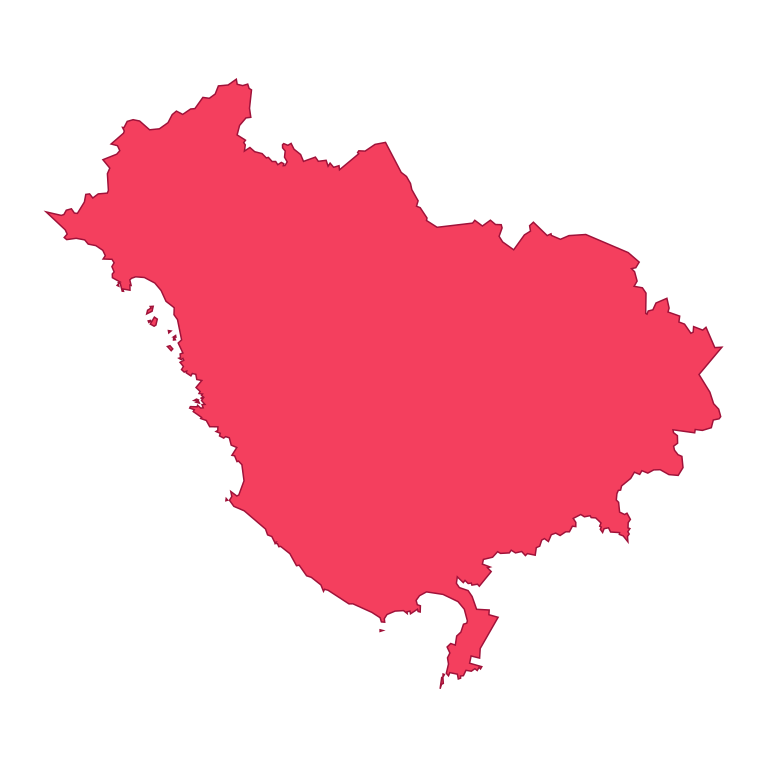 the district of La Huerta, Jalisco, Mexico
{"feature_id": "50627088B67615476566962", "entity_name": "La Huerta", "entity_type": "district", "adm_level": 2, "iso_a3": "MEX", "parent_name": "Mexico", "parent_adm1": "Jalisco", "projection": "robinson", "projection_center": [-104.926, 19.493], "detail": "fine", "context": "isolated", "style": "filled", "palette": "rose", "viewbox_px": 768, "rotation_deg": 0, "n_neighbors": 0, "source": "geoboundaries", "source_scale": "gbopen_adm2", "svg_char_len": 6115}
<svg xmlns="http://www.w3.org/2000/svg" viewBox="0 0 768 768"><path d="M639.2,262.1L628.2,252.6L585.8,234.5L569.0,235.6L560.4,239.3L551.3,235.4L551.0,233.8L547.2,235.6L533.4,222.2L529.6,225.7L530.5,231.1L524.4,234.9L513.7,249.8L502.6,241.9L499.1,236.3L502.1,227.9L501.2,224.7L495.5,224.5L490.4,220.2L482.4,226.0L474.8,220.3L472.6,223.1L437.1,227.3L426.5,220.5L427.0,218.0L420.2,207.7L416.5,206.2L418.1,200.8L411.8,189.6L410.5,183.5L406.5,176.5L401.2,172.4L385.5,142.4L375.0,144.4L365.1,151.1L358.8,150.8L357.6,152.5L358.7,153.8L339.5,169.8L339.0,165.7L333.6,167.3L330.1,163.1L328.1,166.2L326.1,160.3L318.3,161.3L315.4,157.1L303.5,161.4L300.6,154.5L294.0,149.2L291.1,143.4L287.9,145.3L283.7,143.6L282.5,144.8L282.6,147.9L285.2,151.0L284.5,157.2L287.2,161.9L285.0,165.5L283.3,165.7L283.8,163.7L281.3,162.4L277.8,164.7L275.7,161.5L272.1,161.5L268.4,157.4L266.3,157.9L262.1,153.6L254.7,151.7L249.9,147.5L244.4,151.1L245.3,144.9L243.7,142.6L245.5,140.2L237.1,134.9L239.6,125.4L246.0,117.9L250.8,117.3L249.5,108.3L251.5,89.9L249.1,88.4L247.7,84.1L242.7,85.6L237.2,84.3L236.3,79.2L228.1,85.0L218.4,85.9L215.2,94.0L209.3,98.3L202.9,97.4L194.9,108.6L190.6,109.0L182.7,114.4L176.4,111.1L172.2,114.6L168.0,122.7L159.4,128.8L149.6,129.8L139.6,121.0L133.1,119.7L127.2,121.4L124.0,127.6L122.5,127.4L124.3,131.0L123.5,133.2L111.1,144.0L117.5,145.7L119.8,150.7L116.7,154.2L102.9,159.7L109.8,168.1L107.4,173.7L108.4,190.5L107.3,193.1L98.2,193.9L92.8,198.0L89.6,193.9L85.8,194.4L84.4,202.0L77.4,213.4L74.4,213.1L71.4,208.8L66.3,210.2L63.9,214.5L61.3,215.4L46.1,211.9L65.2,229.8L67.2,234.1L64.2,237.5L66.7,239.6L76.2,238.3L84.7,239.9L88.2,244.1L95.8,245.6L102.8,250.3L105.3,255.7L103.1,259.0L112.0,259.3L114.1,262.8L111.9,266.6L114.1,271.9L112.3,274.0L112.4,277.7L120.1,282.0L118.6,282.6L120.3,283.7L122.2,291.2L123.5,291.3L122.8,289.0L130.0,290.2L129.9,285.1L131.1,285.4L129.8,279.9L131.5,278.3L135.7,276.8L144.4,277.5L154.8,283.0L161.1,290.5L166.0,301.3L174.2,307.7L174.0,314.7L177.5,319.6L181.6,339.9L178.2,343.0L182.9,353.0L180.1,354.0L180.5,357.7L178.9,358.2L181.2,359.6L182.9,358.4L183.8,360.3L180.0,362.3L183.4,366.5L181.5,369.6L184.2,372.1L186.7,371.1L186.3,372.9L190.9,375.9L192.3,373.5L195.8,374.3L196.8,379.5L201.8,380.5L196.0,387.5L200.1,391.5L199.0,393.5L202.5,394.1L201.5,395.4L203.6,397.1L200.5,398.3L203.0,398.4L201.5,400.5L204.9,404.4L202.0,404.6L203.2,407.8L200.7,408.1L197.6,405.3L197.1,406.8L190.4,406.6L189.7,408.1L194.3,409.7L193.2,411.6L201.6,417.4L200.7,418.5L206.3,420.5L209.7,426.7L217.9,426.8L217.8,430.4L216.0,431.5L220.3,433.3L219.5,435.9L223.7,438.1L225.6,436.6L229.3,437.8L231.2,445.1L236.8,447.5L231.9,455.3L234.6,455.8L237.0,461.6L238.5,461.1L241.9,464.7L244.0,480.8L238.8,495.0L236.8,496.0L230.8,491.5L231.8,496.5L229.5,500.3L233.9,506.4L244.2,510.8L265.5,529.0L267.6,534.9L271.8,536.5L274.8,542.5L276.1,542.2L275.2,543.6L277.5,543.6L278.8,546.7L280.7,546.4L289.9,553.7L296.5,565.7L299.2,565.2L306.6,575.8L311.3,577.3L320.9,584.9L323.5,591.3L324.5,589.3L328.0,590.2L349.0,603.9L352.9,603.8L371.9,612.4L380.1,617.7L381.4,621.9L384.7,622.2L384.3,618.7L387.0,614.5L395.1,611.1L403.5,610.6L407.2,613.5L407.0,611.8L410.0,611.1L410.5,613.8L417.5,609.2L418.1,611.5L420.2,612.0L420.4,605.8L417.3,604.7L416.1,600.4L419.5,595.7L426.5,591.9L443.0,594.4L458.0,601.6L464.3,609.2L467.4,620.9L466.7,623.2L463.5,624.2L460.9,632.1L456.7,636.0L455.3,645.1L450.7,643.5L447.1,647.0L449.9,653.0L447.5,657.8L448.5,664.0L446.3,673.3L448.5,675.8L449.8,672.6L457.4,674.2L458.3,679.0L460.6,678.2L460.5,676.0L463.4,675.7L466.0,670.3L471.3,671.2L474.9,668.7L477.2,670.5L479.1,667.3L480.5,668.9L481.8,666.7L469.6,663.2L471.1,656.0L479.6,658.1L480.2,648.5L498.1,617.3L488.9,614.7L489.2,610.0L476.6,609.3L472.1,596.5L468.1,590.6L459.4,587.6L456.4,583.3L457.3,576.8L463.3,582.6L465.0,580.4L468.2,583.5L471.3,583.1L471.9,585.1L477.5,584.2L479.3,586.2L491.2,571.6L487.5,567.8L490.1,567.0L482.4,564.1L483.4,559.4L492.6,557.2L497.6,551.7L500.5,553.4L509.3,552.9L511.2,550.2L515.5,552.9L521.7,551.5L525.4,555.6L527.4,553.6L535.2,555.2L536.3,547.6L539.7,546.2L541.7,540.1L544.4,538.6L548.4,541.5L551.3,534.7L555.7,533.1L560.1,535.5L565.7,531.8L569.4,531.8L572.4,526.2L575.8,526.6L575.8,522.4L573.2,518.4L580.8,514.5L584.4,516.8L590.1,515.7L591.2,517.6L595.7,517.9L601.0,523.0L599.7,526.2L601.3,527.1L600.3,529.3L602.6,532.5L604.1,528.7L608.5,527.8L610.6,532.0L619.6,532.6L619.3,534.4L623.2,535.9L627.9,541.8L627.5,536.4L629.2,534.0L627.8,531.7L629.9,528.6L628.0,527.9L628.2,522.6L630.4,519.4L627.0,513.2L624.6,514.5L619.6,512.1L618.6,502.3L616.3,500.0L616.9,493.7L618.3,490.4L620.6,490.1L621.6,485.9L630.7,478.4L634.4,472.2L639.7,474.4L641.9,470.7L647.8,473.1L653.7,469.9L660.2,469.7L668.9,474.6L678.2,475.4L683.0,467.6L681.9,456.4L678.0,454.7L674.5,450.2L673.6,446.2L677.6,443.2L677.4,435.7L673.5,432.6L673.0,429.8L694.7,432.8L695.2,429.5L702.4,430.4L711.3,427.7L713.3,420.0L719.1,418.8L720.7,416.6L718.7,409.2L713.6,403.7L709.9,392.2L699.0,374.5L721.9,347.2L714.8,347.6L706.0,327.3L702.7,330.1L693.6,326.6L693.2,332.1L690.9,333.3L684.5,324.1L678.9,322.0L679.7,316.1L668.0,312.0L669.1,308.1L666.9,298.3L656.0,303.0L652.9,309.8L648.2,311.0L647.0,314.2L645.7,313.4L646.0,293.1L642.4,287.8L634.1,286.3L637.1,281.1L634.6,271.8L631.5,268.6L635.8,267.7L639.2,262.1ZM155.9,325.1L157.3,319.1L154.4,317.1L150.3,324.1L154.1,326.2L155.9,325.1ZM153.2,306.3L150.2,306.5L151.0,308.1L147.6,310.2L146.7,313.9L152.1,311.2L153.2,306.3ZM170.0,345.7L167.4,346.5L171.2,350.7L172.8,348.9L170.0,345.7ZM442.9,677.5L441.7,677.5L440.1,688.8L441.5,684.3L443.3,683.4L442.9,677.5ZM168.8,332.9L171.0,331.0L168.4,330.6L168.8,332.9ZM198.5,400.0L196.5,399.1L194.0,400.5L197.7,401.2L198.5,400.0ZM380.1,631.4L382.9,630.5L380.1,629.8L380.1,631.4ZM148.8,322.4L150.6,321.3L150.5,320.4L148.2,320.9L148.8,322.4ZM175.6,335.5L173.5,336.9L175.9,337.1L175.6,335.5ZM227.7,500.2L226.2,498.5L225.9,500.7L227.7,500.2ZM175.4,339.8L174.7,338.1L173.6,338.2L173.5,340.0L175.4,339.8ZM118.8,286.2L118.3,283.9L117.1,285.4L118.8,286.2ZM199.4,403.1L198.5,401.3L196.3,402.3L199.4,403.1ZM442.9,677.2L444.4,674.5L443.1,674.0L442.9,677.2Z" fill="#f43f5e" stroke="#9f1239" stroke-width="1.5"/></svg>